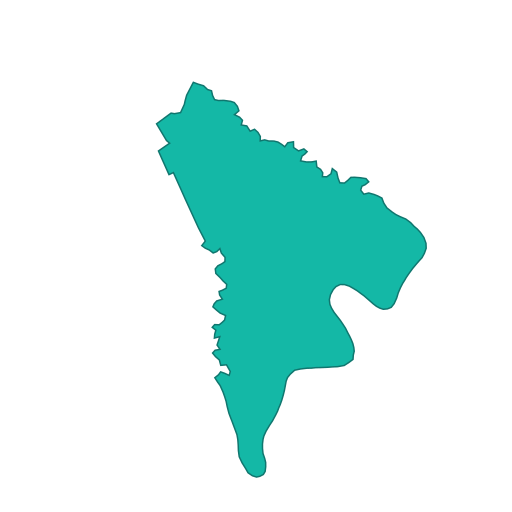 outline of Palmitos, Santa Catarina, Brazil, rotated 321°
{"feature_id": "56859067B46835059259236", "entity_name": "Palmitos", "entity_type": "district", "adm_level": 2, "iso_a3": "BRA", "parent_name": "Brazil", "parent_adm1": "Santa Catarina", "projection": "albers", "projection_center": [-53.188, -27.082], "detail": "fine", "context": "isolated", "style": "filled", "palette": "teal", "viewbox_px": 512, "rotation_deg": 321, "n_neighbors": 0, "source": "geoboundaries", "source_scale": "gbopen_adm2", "svg_char_len": 3183}
<svg xmlns="http://www.w3.org/2000/svg" viewBox="0 0 512 512"><g transform="rotate(321 256 256)"><path d="M147.4,324.7L146.8,330.2L146.6,334.1L144.8,340.9L143.1,345.7L141.3,350.2L138.9,354.8L136.0,361.2L134.5,365.7L133.3,369.5L132.1,373.0L130.3,378.4L128.8,382.8L126.3,387.3L123.3,391.6L119.9,396.1L116.6,401.5L115.0,408.1L114.2,414.6L113.4,419.5L114.9,424.5L117.3,428.1L120.3,429.6L124.2,430.4L127.5,429.2L130.9,425.9L133.6,422.5L135.3,418.9L137.2,413.8L139.9,409.7L142.7,406.2L146.1,402.9L148.9,400.8L153.7,398.4L160.0,396.1L165.1,394.5L171.3,391.9L175.2,390.1L178.2,388.3L181.3,386.7L185.4,384.2L189.7,381.2L193.4,378.4L197.3,375.1L200.7,372.2L204.0,370.3L208.2,369.4L214.2,369.1L219.5,371.8L225.2,375.4L228.5,378.0L232.2,380.4L236.2,383.5L241.3,387.3L246.2,390.7L249.7,393.3L255.7,396.6L261.4,397.2L266.3,397.4L269.3,394.2L272.4,391.8L274.4,388.7L276.2,384.9L277.4,380.9L278.3,377.2L279.0,373.4L280.1,368.5L280.6,363.8L281.0,359.1L281.1,353.9L281.2,349.0L281.9,344.0L283.0,340.1L285.5,336.1L289.6,332.9L294.9,330.7L298.9,330.1L303.4,331.1L306.8,333.9L309.6,338.2L311.3,342.6L312.8,346.8L313.8,350.8L314.9,354.9L316.1,361.7L317.0,367.0L317.9,370.8L319.4,374.4L321.4,377.5L324.9,379.8L328.8,381.0L333.3,380.0L338.9,377.2L343.3,374.2L348.2,371.6L352.7,369.6L356.0,368.5L359.1,367.3L363.8,365.9L369.8,364.3L375.9,363.1L380.5,362.3L383.9,361.8L388.5,359.9L393.1,357.1L396.1,353.1L398.1,347.3L398.6,341.1L398.3,336.5L397.5,332.4L397.2,327.6L395.7,321.6L392.8,316.2L390.8,311.9L389.4,307.3L388.0,301.0L388.6,295.3L390.3,290.2L388.4,285.9L386.5,282.5L383.3,278.0L378.7,275.8L378.8,270.7L382.2,268.4L385.8,269.3L390.3,269.3L390.2,265.1L386.3,260.8L382.2,256.9L379.2,254.6L375.1,255.0L370.7,255.0L367.2,251.9L368.8,247.0L371.5,241.6L370.3,236.1L366.0,239.3L360.9,239.0L357.5,236.1L360.2,233.4L360.7,229.3L359.3,225.1L362.5,220.1L358.6,218.0L354.5,214.8L350.5,210.1L354.7,207.3L358.1,207.5L361.4,207.1L360.6,202.9L355.2,201.1L353.5,195.4L357.0,190.8L352.0,188.0L347.1,189.2L346.2,185.4L344.8,181.3L342.2,177.9L338.3,174.7L335.8,171.2L331.7,169.2L334.6,165.8L335.3,161.2L334.6,156.6L330.0,155.3L330.7,149.1L327.0,144.9L330.9,142.0L330.6,137.8L328.2,132.6L334.1,132.4L335.7,128.0L335.7,123.1L333.7,119.9L328.9,114.8L324.7,111.6L322.2,108.4L323.3,103.9L325.4,99.6L323.1,96.1L322.4,90.7L319.1,85.9L316.6,81.6L303.3,87.4L298.7,90.7L295.7,93.1L287.6,97.1L282.2,94.1L279.9,91.5L261.9,90.7L259.1,110.0L259.9,114.0L246.3,113.0L244.5,119.6L239.6,138.0L244.3,139.2L242.1,147.5L239.2,158.5L237.0,166.7L229.0,197.9L226.0,212.5L220.4,213.8L221.5,218.0L223.5,222.0L224.6,226.7L228.3,227.9L232.6,227.5L230.9,231.9L231.1,237.6L228.3,240.8L224.4,240.5L220.2,239.6L216.2,240.4L213.8,244.3L214.5,250.0L214.7,254.8L215.4,259.6L212.6,262.3L208.2,261.4L205.0,260.3L203.2,263.4L202.7,268.4L197.2,266.2L193.5,266.8L190.5,268.4L191.2,272.8L192.2,277.8L194.9,283.1L191.3,286.0L188.0,286.3L184.1,286.3L180.7,283.3L177.1,283.9L178.1,288.4L174.7,290.8L172.0,293.6L177.1,295.9L173.9,298.0L169.7,300.7L169.3,305.9L164.9,303.5L161.2,304.1L161.2,308.7L162.1,313.7L159.8,318.8L164.6,322.0L163.3,329.6L160.0,331.9L157.8,327.4L155.6,323.8L152.2,324.7L147.4,324.7Z" fill="#14b8a6" stroke="#0f766e" stroke-width="1.5"/></g></svg>